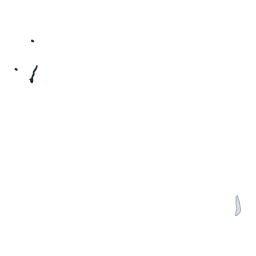 location of Aulotu, Tuvalu
{"feature_id": "33948139B63350704470627", "entity_name": "Aulotu", "entity_type": "district", "adm_level": 2, "iso_a3": "TUV", "parent_name": "Tuvalu", "parent_adm1": "", "projection": "natural_earth1", "projection_center": [178.346, -8.002], "detail": "fine", "context": "in_parent", "style": "filled", "palette": "slate", "viewbox_px": 256, "rotation_deg": 0, "n_neighbors": 0, "source": "geoboundaries", "source_scale": "gbopen_adm2", "svg_char_len": 1496}
<svg xmlns="http://www.w3.org/2000/svg" viewBox="0 0 256 256"><path d="M239.9,212.5L236.6,215.6L235.4,215.5L236.7,209.0L236.0,202.2L236.1,196.8L237.3,195.7L239.4,202.0L240.6,209.8L239.9,212.5Z" fill="#d9dde1" stroke="#a8b0b8" stroke-width="1"/><path d="M31.2,79.0L30.9,79.1L30.7,79.2L30.6,79.4L30.4,79.4L30.3,79.5L30.5,79.6L30.6,79.8L30.8,79.9L31.0,80.0L31.1,80.4L31.1,80.5L31.1,80.8L31.0,81.0L30.9,81.1L30.9,81.3L31.0,81.5L31.2,81.9L31.3,82.0L31.5,82.2L31.6,82.3L31.9,82.4L32.2,82.2L32.3,81.9L32.4,81.6L32.4,80.9L32.6,80.3L32.4,79.4L32.3,78.7L32.3,77.8L32.4,77.3L32.6,76.6L32.7,76.2L32.9,76.0L33.1,75.6L33.5,75.3L33.8,74.7L33.8,73.5L33.7,72.6L34.0,71.7L34.7,70.9L35.4,69.9L36.1,68.6L36.8,66.7L37.1,65.5L36.8,66.2L36.7,66.7L36.2,68.0L35.7,68.6L35.3,69.1L34.8,70.4L34.2,70.8L34.2,71.0L33.8,71.6L33.7,72.1L33.5,72.9L33.6,73.6L33.5,74.4L32.7,75.6L32.7,76.0L32.4,76.5L32.2,77.0L32.2,77.5L32.1,78.1L31.5,78.6L31.2,79.0ZM31.9,40.4L31.8,40.6L31.9,40.9L31.9,41.0L32.0,41.0L32.2,41.3L32.3,41.4L32.6,41.4L32.8,41.4L32.9,41.5L33.0,41.5L33.3,41.5L33.3,41.4L33.2,41.2L33.0,40.9L32.9,40.8L32.8,40.7L32.6,40.6L32.3,40.4L31.9,40.4ZM15.4,69.2L15.4,69.3L15.5,69.4L15.5,69.5L15.8,69.5L15.8,69.4L15.9,69.2L16.0,69.2L16.0,69.3L16.3,69.4L16.3,69.5L16.3,69.8L16.2,69.8L16.3,69.8L16.5,70.0L16.8,70.0L16.9,69.9L16.8,69.7L16.7,69.5L16.6,69.4L16.5,69.2L16.4,69.1L16.3,68.9L16.2,68.7L16.1,68.4L16.1,68.5L15.9,68.6L15.8,68.8L15.7,68.8L15.6,69.0L15.4,69.1L15.4,69.2Z" fill="#64748b" stroke="#1e293b" stroke-width="1.5"/></svg>